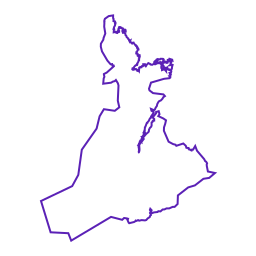 Namdalseid nor, Nord-Trøndelag, Norway (orthographic projection)
{"feature_id": "86288312B7521239931161", "entity_name": "Namdalseid nor", "entity_type": "district", "adm_level": 2, "iso_a3": "NOR", "parent_name": "Norway", "parent_adm1": "Nord-Trøndelag", "projection": "orthographic", "projection_center": [11.204, 64.324], "detail": "fine", "context": "isolated", "style": "outline", "palette": "violet", "viewbox_px": 256, "rotation_deg": 0, "n_neighbors": 0, "source": "geoboundaries", "source_scale": "gbopen_adm2", "svg_char_len": 5769}
<svg xmlns="http://www.w3.org/2000/svg" viewBox="0 0 256 256"><path d="M41.0,201.0L50.6,232.3L68.3,233.2L71.2,240.6L111.0,216.9L122.2,219.8L124.1,218.0L126.9,218.4L127.0,218.9L128.0,218.9L127.6,220.3L128.7,222.7L129.2,223.2L134.1,222.0L135.5,221.1L135.7,220.6L136.5,220.9L138.1,220.1L139.1,220.7L141.6,220.1L145.0,220.4L146.3,220.0L147.7,218.4L149.7,217.1L150.2,215.6L150.9,215.1L150.7,214.1L151.0,213.7L150.1,213.3L150.0,212.9L151.0,212.1L150.7,211.2L150.8,210.8L150.4,210.9L149.9,209.9L150.3,208.8L151.6,210.2L151.2,210.9L151.3,212.0L151.9,213.2L154.0,212.4L157.6,212.0L158.3,211.2L160.5,211.4L162.6,209.5L164.5,209.4L166.5,208.4L169.2,208.4L172.6,206.9L174.6,206.9L177.6,204.0L177.9,195.4L188.2,187.4L194.9,185.4L203.4,178.8L209.2,177.9L215.0,173.0L207.9,171.5L206.8,166.0L206.7,164.4L207.1,163.3L206.2,161.8L205.0,160.9L204.3,159.3L197.0,150.7L195.2,146.0L193.1,149.6L192.0,149.6L191.7,150.5L191.4,150.5L189.4,149.2L189.1,149.4L188.5,148.7L188.5,148.0L186.4,147.8L185.8,145.8L183.3,143.5L176.3,145.8L175.5,144.7L173.1,144.1L168.6,141.7L163.9,130.8L164.0,127.4L165.2,123.8L166.0,120.3L163.4,118.5L158.3,116.1L159.5,114.2L158.7,111.2L156.1,112.0L156.2,113.0L155.9,113.5L152.9,117.1L152.9,117.7L154.2,118.9L154.2,120.6L153.0,120.7L152.9,121.2L152.6,121.3L152.6,121.8L151.6,122.5L151.6,125.5L151.2,126.7L149.9,127.9L149.0,129.7L148.8,131.4L148.4,132.1L146.3,133.8L143.3,137.3L143.1,138.4L143.7,139.0L143.1,139.8L143.0,138.9L142.8,138.9L141.2,140.9L141.3,141.3L141.0,141.3L141.1,141.7L140.6,141.3L140.8,141.7L140.7,142.4L140.2,143.6L139.5,144.2L139.2,145.7L139.1,146.3L139.3,146.4L139.5,149.2L139.4,150.8L138.9,152.3L138.0,152.6L138.8,152.2L139.0,150.0L138.8,147.7L138.6,147.2L138.5,145.6L138.2,145.3L138.8,144.8L139.0,143.5L139.6,142.8L139.8,141.6L140.1,141.5L140.3,140.6L141.2,140.3L141.9,137.9L142.8,136.6L142.5,136.5L142.9,136.3L142.7,135.9L142.2,135.6L143.3,135.8L143.4,135.3L144.0,135.0L143.9,134.5L144.7,134.9L144.9,134.5L144.7,134.0L145.0,134.0L145.0,133.1L144.1,133.1L143.7,132.5L144.6,131.9L144.7,131.2L144.2,131.2L144.8,129.3L144.9,127.3L145.3,126.9L146.8,123.0L147.3,122.9L147.3,122.5L148.7,121.0L149.9,118.4L150.8,117.9L151.0,116.6L153.7,112.7L153.5,111.9L151.5,110.8L151.0,108.9L154.1,110.2L154.8,109.6L155.7,107.6L156.8,106.1L157.3,104.0L158.4,102.0L159.1,101.2L160.9,100.4L162.5,98.7L163.3,97.2L164.9,96.1L163.4,94.4L153.0,93.1L149.5,90.4L149.0,88.8L151.0,82.6L164.1,78.8L169.5,78.2L170.2,77.6L169.5,76.4L170.3,76.5L170.4,76.1L170.4,75.1L170.0,74.4L170.6,74.3L169.8,72.9L170.9,72.8L171.3,71.5L170.9,70.6L167.4,69.3L165.3,69.1L165.4,69.7L165.9,70.2L166.0,71.1L165.0,69.9L163.9,69.4L162.0,70.1L161.9,68.5L162.7,68.3L161.3,67.9L161.3,66.6L161.6,65.1L161.3,64.3L160.2,63.5L160.1,63.0L160.7,62.2L161.6,62.6L162.5,62.3L162.8,61.5L163.8,60.8L163.6,60.4L163.7,59.6L163.1,59.5L163.0,58.9L162.2,58.8L160.5,58.8L159.9,59.5L158.0,59.1L157.9,59.8L156.6,59.5L156.3,60.0L156.7,60.2L157.1,61.3L156.1,61.8L155.7,60.9L155.3,60.9L154.5,61.6L154.6,62.8L154.3,62.8L154.4,63.2L156.0,63.1L159.3,62.3L159.2,63.1L158.6,63.2L157.5,63.2L155.2,64.3L153.5,64.0L152.2,64.8L150.7,64.6L150.3,64.4L150.3,64.0L148.3,63.1L147.0,64.6L146.2,64.8L146.1,65.9L145.8,66.3L145.5,66.0L145.6,64.9L145.1,64.2L144.2,64.2L144.9,64.9L144.7,65.4L143.0,65.1L142.8,65.4L143.3,65.8L142.9,66.2L142.0,66.1L141.6,67.0L140.2,66.9L140.0,67.2L140.3,67.5L139.2,67.7L139.2,68.5L139.0,71.0L138.3,70.0L137.8,70.6L137.9,71.0L137.2,70.8L136.9,69.8L136.4,69.2L135.1,69.4L135.1,69.0L134.2,68.9L133.3,69.7L133.8,70.1L132.8,69.7L132.8,69.0L132.4,69.0L132.5,68.3L133.8,67.8L134.2,66.8L135.6,65.3L137.1,65.0L137.3,64.3L136.9,64.2L137.0,63.8L138.2,62.0L138.7,60.2L139.0,60.2L138.9,59.4L139.1,59.4L139.2,57.5L139.5,57.5L139.8,56.4L139.6,55.1L138.5,55.1L138.1,56.1L137.9,55.9L137.6,55.7L137.6,53.8L136.3,53.6L136.2,53.2L136.6,52.8L136.5,52.3L136.8,52.3L137.7,49.9L138.5,49.6L138.4,48.9L138.1,48.4L137.6,48.8L136.9,47.7L137.2,46.6L136.4,45.7L135.9,45.8L135.7,45.1L135.3,45.1L133.4,42.6L132.2,42.8L132.7,42.8L132.1,43.5L131.0,42.3L130.1,42.4L130.0,42.2L130.3,42.1L130.1,41.1L130.3,40.5L129.8,40.8L129.1,40.5L129.2,39.9L128.9,39.4L128.3,39.1L127.8,38.0L126.7,37.2L126.3,35.8L125.5,35.1L125.4,33.9L125.1,33.4L124.0,32.7L123.1,32.8L123.1,32.5L122.9,32.4L122.9,31.8L122.4,31.5L122.4,30.5L122.7,29.6L124.5,31.2L125.7,31.4L125.6,30.1L125.3,29.7L123.7,29.6L123.0,28.6L122.5,28.9L121.8,27.9L121.0,28.0L120.2,27.6L120.3,27.1L119.2,27.0L118.8,28.0L119.1,28.0L119.2,28.6L118.2,29.9L118.0,30.9L119.1,31.0L119.1,31.9L117.8,32.3L117.3,33.0L116.7,32.9L116.5,32.1L115.7,32.3L115.6,31.8L113.7,32.3L113.9,29.3L114.2,29.3L114.1,28.8L113.6,28.8L114.2,26.8L114.9,25.7L115.6,23.0L115.4,22.5L114.9,22.9L114.7,21.3L113.5,21.1L113.6,19.0L113.3,18.8L113.1,17.9L113.1,15.4L108.7,16.1L104.9,18.8L104.3,20.6L104.5,21.4L104.2,21.9L104.4,22.6L104.2,26.7L105.3,33.5L103.6,37.9L103.3,39.7L100.9,43.7L100.8,46.7L102.0,51.4L107.4,60.6L110.6,64.3L112.1,64.1L112.3,65.3L113.0,65.3L113.2,65.9L113.7,65.7L113.9,66.2L106.7,72.6L103.9,74.0L103.9,74.6L104.4,76.8L103.7,78.4L103.2,83.7L111.1,82.7L112.9,81.6L114.8,81.1L115.9,80.0L117.9,83.3L118.5,85.5L117.8,100.7L119.3,107.3L114.8,110.8L103.9,109.2L99.6,116.3L96.6,128.6L81.8,149.7L78.3,174.9L72.2,186.1L41.0,201.0ZM172.2,59.7L169.4,58.8L169.1,59.6L168.2,59.8L168.8,60.6L168.7,61.1L168.0,60.8L168.0,61.2L167.4,61.6L167.3,62.5L167.6,62.5L167.5,62.8L167.2,62.8L167.2,62.4L166.4,62.8L166.2,61.6L165.3,61.6L165.3,62.0L164.2,62.3L163.9,62.8L163.1,62.8L162.3,64.3L162.7,64.3L163.0,65.5L163.6,65.9L163.8,66.5L163.6,66.7L164.6,67.8L167.3,67.6L167.4,68.1L167.0,68.1L167.1,68.4L168.3,69.2L171.3,69.9L171.9,68.5L172.0,67.0L172.6,64.9L171.0,64.5L170.7,65.1L169.9,65.2L170.6,64.6L170.6,62.9L171.2,62.6L171.3,62.0L170.3,61.1L171.5,60.9L171.4,60.5L171.8,59.9L172.3,60.2L172.2,59.7Z" fill="none" stroke="#5b21b6" stroke-width="2"/></svg>